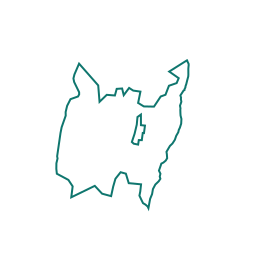 the district of Yangiyul, Tashkent, Uzbekistan, rotated 331°
{"feature_id": "79887680B33047546093113", "entity_name": "Yangiyul", "entity_type": "district", "adm_level": 2, "iso_a3": "UZB", "parent_name": "Uzbekistan", "parent_adm1": "Tashkent", "projection": "orthographic", "projection_center": [69.037, 41.099], "detail": "fine", "context": "isolated", "style": "outline", "palette": "teal", "viewbox_px": 256, "rotation_deg": 331, "n_neighbors": 0, "source": "geoboundaries", "source_scale": "gbopen_adm2", "svg_char_len": 1656}
<svg xmlns="http://www.w3.org/2000/svg" viewBox="0 0 256 256"><g transform="rotate(331 128 128)"><path d="M209.5,105.4L209.9,104.8L210.5,103.9L211.5,102.5L212.1,101.3L212.2,99.8L212.2,98.9L212.4,98.0L212.4,97.4L191.4,98.6L196.5,109.0L192.3,112.3L184.3,110.9L176.9,117.1L171.9,116.3L161.1,121.9L152.3,116.8L149.0,111.0L156.5,102.2L150.7,97.8L148.4,93.5L140.2,97.2L142.0,90.6L137.1,88.3L132.3,93.2L125.5,88.7L115.8,91.3L122.6,76.3L116.4,48.0L107.1,55.2L104.3,58.2L103.2,61.7L102.6,73.0L101.6,74.9L99.6,76.2L91.7,74.9L85.5,79.1L81.2,83.8L79.5,87.0L70.3,95.2L66.5,99.7L52.3,118.4L51.6,120.5L48.3,124.1L45.5,129.0L43.6,133.5L50.7,144.5L51.3,152.2L44.8,161.1L70.9,162.5L73.5,172.9L80.2,179.4L86.6,172.1L92.4,166.3L100.1,163.1L104.0,166.9L101.9,176.6L105.6,179.1L112.1,183.6L108.0,189.4L105.2,192.7L104.9,197.2L104.7,201.0L106.1,203.4L107.1,206.1L107.0,208.0L110.6,203.6L113.0,200.7L117.0,197.5L120.2,193.5L124.5,190.7L129.0,189.5L131.7,188.1L132.2,185.9L134.2,183.7L134.4,180.3L138.4,176.7L139.9,175.3L142.2,175.4L145.2,174.8L147.6,173.4L149.3,169.7L150.1,167.5L153.6,165.4L156.0,164.0L159.4,163.1L163.3,161.0L166.4,158.2L169.9,156.1L171.5,154.3L173.5,152.9L176.6,150.0L179.1,146.0L180.0,142.6L180.9,140.7L182.6,137.4L183.4,136.3L184.3,133.7L185.9,132.3L187.4,130.9L188.3,128.3L189.1,127.2L189.6,124.9L192.3,123.5L194.7,122.2L195.8,122.2L196.2,121.5L197.8,120.4L198.6,119.3L200.2,117.9L202.9,115.0L205.7,112.1L206.6,110.7L209.5,105.4ZM144.0,134.1L139.5,140.2L138.5,139.5L134.2,145.3L131.6,143.8L128.8,147.4L125.4,144.5L124.6,142.1L130.9,136.3L137.3,129.3L141.6,123.0L145.8,122.5L140.7,131.8L144.0,134.1Z" fill="none" stroke="#0f766e" stroke-width="2"/></g></svg>